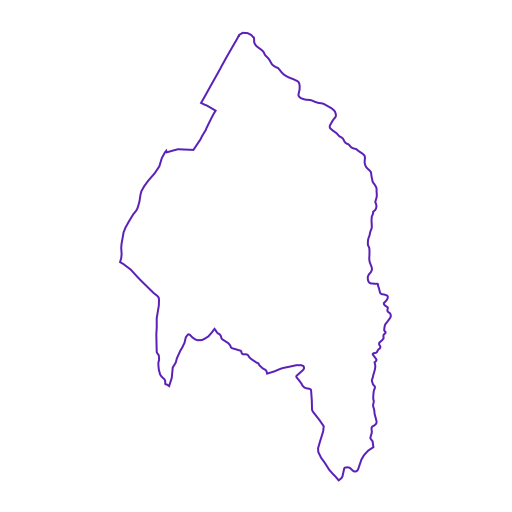 outline of Coatepeque, Quezaltenango, Guatemala, rotated 91°
{"feature_id": "79465075B84423325132752", "entity_name": "Coatepeque", "entity_type": "district", "adm_level": 2, "iso_a3": "GTM", "parent_name": "Guatemala", "parent_adm1": "Quezaltenango", "projection": "mercator", "projection_center": [-91.974, 14.632], "detail": "fine", "context": "isolated", "style": "outline", "palette": "violet", "viewbox_px": 512, "rotation_deg": 91, "n_neighbors": 0, "source": "geoboundaries", "source_scale": "gbopen_adm2", "svg_char_len": 6099}
<svg xmlns="http://www.w3.org/2000/svg" viewBox="0 0 512 512"><g transform="rotate(91 256 256)"><path d="M35.9,277.0L41.9,280.1L42.8,280.7L58.4,289.3L66.9,293.8L69.0,294.8L69.9,295.3L75.7,298.4L89.1,305.6L97.2,309.9L103.9,313.6L105.3,310.7L106.5,307.6L111.4,298.9L114.6,300.8L118.9,303.0L128.9,307.7L131.3,308.6L132.6,309.4L132.9,309.6L137.2,312.1L140.1,313.4L151.0,320.4L150.8,329.5L150.6,335.8L152.1,341.1L153.9,347.0L153.4,347.3L152.4,347.6L154.1,348.9L159.8,351.9L168.0,354.2L175.0,358.7L182.5,365.0L188.0,368.9L193.2,371.7L196.3,372.5L203.6,373.5L208.2,374.7L210.5,375.4L212.8,376.6L216.5,379.5L224.4,384.1L227.3,385.6L229.8,387.0L234.7,388.8L246.6,390.7L250.4,390.9L256.3,390.4L260.4,390.7L264.5,391.8L266.2,388.7L271.8,381.0L279.0,374.2L282.2,371.0L294.9,357.6L297.5,354.1L299.2,352.6L301.5,352.2L307.3,352.3L320.0,354.2L329.1,354.0L336.2,354.3L353.7,353.6L355.3,352.8L356.7,351.6L358.9,351.2L361.6,351.1L363.6,351.6L365.6,351.8L368.6,351.5L371.7,351.1L374.4,350.3L376.1,349.8L377.9,348.6L379.5,347.0L380.7,345.5L382.5,344.6L385.4,344.5L385.9,344.1L386.2,342.5L387.6,340.6L379.3,338.1L368.9,337.3L364.0,334.4L359.6,333.3L352.0,330.0L348.5,328.0L345.8,326.8L344.2,326.0L338.4,324.7L335.7,322.7L335.5,321.7L336.1,320.6L338.5,318.2L340.5,315.2L341.2,313.1L341.0,308.6L339.7,306.0L337.2,302.2L333.2,298.8L329.6,296.2L330.8,295.2L332.0,294.5L332.8,293.9L334.0,292.9L334.7,291.3L335.3,290.7L336.0,290.1L336.9,289.6L337.8,289.4L338.8,289.1L339.5,288.6L340.1,287.9L343.3,282.7L344.0,281.8L345.3,280.7L346.2,280.1L347.7,279.5L348.3,278.9L348.7,278.0L350.1,272.8L350.5,271.5L351.0,269.6L351.6,269.1L353.6,268.5L354.1,268.0L354.4,267.4L354.5,266.7L354.5,265.6L354.4,264.8L354.8,262.8L355.9,261.8L356.5,261.5L357.1,261.1L358.0,260.3L358.9,259.2L359.8,257.9L362.7,253.4L362.9,252.7L363.3,251.7L364.2,251.3L365.5,250.5L366.8,248.9L367.7,248.0L368.6,246.7L369.6,244.7L370.3,244.0L371.1,243.5L373.4,242.8L371.0,235.5L368.5,229.9L367.6,227.4L366.0,220.2L364.5,213.8L364.4,209.0L365.1,206.8L366.1,206.2L367.4,206.0L368.4,206.4L369.7,207.5L375.0,213.3L375.7,213.6L376.7,213.3L379.9,210.5L383.0,208.2L384.9,207.2L386.6,205.4L387.3,203.7L387.9,200.0L388.4,199.1L389.2,198.6L399.2,197.7L408.6,197.3L410.4,196.6L418.9,189.7L425.1,185.3L430.2,185.8L441.2,189.0L447.2,190.6L450.9,190.3L456.6,187.4L461.6,183.6L468.6,179.0L472.7,175.2L474.9,172.9L478.9,169.4L476.5,166.6L474.9,165.7L466.9,164.1L466.2,163.6L465.9,162.6L465.7,160.9L465.9,159.3L466.5,158.1L468.7,155.7L469.6,154.5L469.7,153.4L469.7,152.5L469.3,151.6L468.2,150.5L466.6,149.9L457.9,147.1L455.6,145.9L453.5,144.7L451.9,143.4L448.5,140.3L445.1,135.3L439.2,136.2L437.7,137.5L436.3,138.4L435.6,138.4L434.5,138.2L432.0,137.5L430.9,137.2L429.6,137.1L426.7,137.5L425.7,137.4L424.3,136.6L423.9,135.6L423.3,134.7L422.2,133.5L421.5,132.9L420.9,132.7L420.0,132.5L418.8,132.7L415.1,133.7L412.1,134.6L408.0,135.1L405.9,135.7L404.4,136.2L403.6,136.3L402.7,136.3L401.6,136.1L400.1,135.8L398.6,135.7L397.7,136.1L396.6,136.3L394.5,136.3L390.7,136.1L389.0,135.9L388.1,135.7L386.2,134.9L385.4,134.8L384.5,134.9L383.9,135.3L382.7,136.5L382.0,136.9L381.3,137.1L379.4,137.8L378.3,138.0L377.6,137.9L375.7,137.2L373.2,136.7L369.2,135.6L367.2,135.1L364.6,134.8L363.0,134.9L360.2,135.6L359.0,134.2L357.8,133.7L356.9,134.1L352.6,137.4L352.0,137.6L351.2,136.9L350.9,135.2L350.6,134.2L350.2,133.6L349.4,133.1L348.4,132.7L347.3,132.0L346.4,130.7L345.6,130.2L344.3,130.1L342.4,131.3L341.6,131.4L340.8,131.3L340.1,130.8L338.0,128.4L336.3,127.1L335.6,127.0L333.8,127.2L332.8,127.1L332.1,126.7L331.6,126.0L330.4,125.1L329.5,125.3L328.8,126.1L327.8,126.6L325.1,126.3L323.5,126.0L322.6,125.8L321.7,125.3L319.8,123.8L315.4,120.7L314.1,120.2L313.2,120.2L311.9,120.5L310.9,121.1L309.6,123.0L308.4,123.7L307.2,123.6L305.8,123.3L305.1,123.4L304.3,124.4L303.7,125.6L302.8,126.6L301.8,127.3L300.8,127.3L298.7,125.3L297.2,124.2L296.0,123.7L295.1,123.5L294.0,123.6L293.3,124.2L293.0,124.9L292.3,127.0L292.0,129.3L291.7,130.2L290.9,131.1L290.3,131.4L286.5,132.4L283.4,133.5L282.7,133.4L281.7,133.9L281.7,136.6L281.4,140.6L280.9,142.0L279.9,142.8L279.1,143.3L278.1,143.6L276.8,143.8L275.6,143.9L274.8,143.8L273.0,143.1L272.4,142.8L270.3,141.0L269.2,140.4L267.3,139.8L266.1,140.0L265.0,140.2L261.6,141.6L260.8,142.0L258.7,142.5L257.2,142.7L255.1,142.7L252.9,142.6L250.1,142.6L247.5,142.7L246.1,142.9L244.8,143.4L243.3,144.2L242.1,144.4L238.2,144.3L236.1,143.8L233.6,142.9L229.6,142.1L226.8,141.0L226.1,140.9L224.9,140.7L223.1,140.8L218.8,141.1L215.3,141.0L214.2,140.8L212.1,139.9L211.0,139.6L209.8,139.7L208.1,137.8L207.0,137.1L206.2,136.8L204.8,136.5L203.3,136.5L202.2,136.8L199.9,137.7L196.9,136.9L195.6,136.5L194.1,136.3L192.3,136.3L189.0,136.6L187.0,136.6L185.9,136.8L185.0,137.1L183.7,137.9L182.0,139.0L180.8,140.0L179.6,140.7L175.4,141.7L171.1,142.4L170.0,142.7L169.2,143.3L168.6,143.8L166.7,146.0L165.3,147.3L163.7,148.2L161.8,148.8L160.7,149.0L158.7,149.0L156.8,148.8L154.8,148.9L154.1,149.1L153.3,149.7L152.4,150.6L151.6,151.6L150.5,153.4L149.1,155.5L147.8,157.1L147.3,157.9L146.8,160.1L146.3,161.6L145.6,162.7L144.9,163.5L143.9,164.3L142.7,165.5L141.9,167.6L141.3,168.5L139.9,169.6L137.3,171.0L136.7,171.6L135.9,172.6L135.3,174.0L134.5,175.1L133.9,175.7L131.9,177.5L129.3,181.3L127.0,184.1L126.0,184.5L124.7,184.5L123.9,184.2L119.8,182.0L117.7,180.6L116.3,179.4L115.4,178.8L114.6,178.6L113.2,178.6L111.2,179.2L110.4,179.5L109.0,180.6L107.4,182.5L106.5,183.9L102.7,191.0L102.2,193.1L101.9,196.0L101.4,197.9L100.7,200.1L99.8,202.1L99.1,204.4L98.9,208.2L98.6,210.2L97.9,212.5L97.3,214.0L96.3,215.3L95.6,215.9L94.6,216.3L94.0,216.4L88.5,215.3L86.7,215.3L84.7,215.4L83.4,215.6L82.4,216.0L81.5,216.4L80.9,217.0L80.4,217.7L78.5,221.9L77.4,225.0L76.3,227.6L74.4,230.9L72.4,233.2L71.6,233.9L69.5,235.6L67.8,237.1L67.3,238.0L66.9,239.4L65.0,242.4L63.8,243.6L60.0,245.8L59.1,246.5L58.2,247.1L55.4,250.0L54.5,250.7L52.4,251.7L51.6,252.3L50.7,253.1L49.6,254.4L47.5,257.4L46.3,259.0L45.5,259.8L44.5,260.5L43.2,261.2L42.5,261.5L41.8,261.6L38.9,261.7L37.5,262.0L37.2,262.7L36.0,263.7L35.1,264.6L33.3,268.3L33.1,273.2L35.2,276.6L36.0,276.8L35.9,277.0Z" fill="none" stroke="#5b21b6" stroke-width="2"/></g></svg>